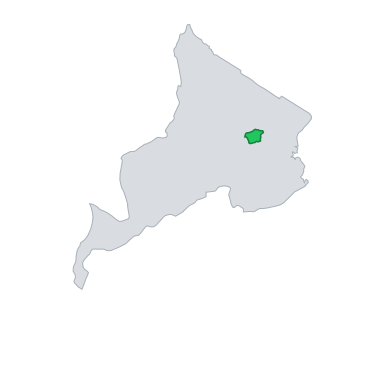 location of Lekie, Centre, Cameroon, rotated 212°
{"feature_id": "32672807B3101876589222", "entity_name": "Lekie", "entity_type": "district", "adm_level": 2, "iso_a3": "CMR", "parent_name": "Cameroon", "parent_adm1": "Centre", "projection": "mercator", "projection_center": [11.41, 4.138], "detail": "fine", "context": "in_parent", "style": "filled", "palette": "green", "viewbox_px": 384, "rotation_deg": 212, "n_neighbors": 0, "source": "geoboundaries", "source_scale": "gbopen_adm2", "svg_char_len": 4531}
<svg xmlns="http://www.w3.org/2000/svg" viewBox="0 0 384 384"><g transform="rotate(212 192 192)"><path d="M99.0,257.4L99.8,255.5L105.0,246.5L108.3,232.2L109.8,228.8L111.4,226.6L119.0,219.0L121.9,216.5L126.0,213.7L129.0,208.1L130.0,207.5L131.3,207.1L137.9,202.3L138.4,203.2L138.9,204.4L139.4,204.9L141.5,205.2L144.4,205.2L146.1,204.9L147.0,203.9L147.9,201.3L148.5,200.8L149.2,200.7L152.4,202.5L157.7,207.7L159.0,208.6L159.6,209.6L160.7,214.4L161.4,215.6L162.5,216.0L164.6,215.7L166.7,214.9L168.6,213.7L170.5,212.1L171.7,210.7L172.3,209.7L172.6,205.8L173.0,204.9L179.9,199.3L179.7,198.8L178.6,197.2L177.6,195.5L178.6,193.7L179.6,192.3L183.6,187.7L183.9,184.3L187.1,179.0L188.9,171.9L189.0,170.6L193.1,162.8L197.5,162.1L199.2,161.0L201.1,159.1L202.4,157.3L203.0,155.6L203.4,152.3L204.2,148.6L204.7,145.3L206.0,142.3L208.2,140.7L212.0,139.5L212.6,138.9L213.1,136.8L213.7,130.1L214.3,127.1L217.8,123.8L219.4,118.5L220.8,113.0L224.8,106.3L229.5,99.7L231.7,97.9L233.5,97.1L235.6,97.0L237.1,96.5L242.2,93.2L244.3,92.1L245.8,90.9L246.2,89.9L246.4,88.4L245.9,85.0L246.7,82.5L247.3,78.6L247.5,75.5L247.3,74.4L246.3,72.7L244.8,70.8L242.3,69.6L238.8,69.3L237.0,68.6L236.3,65.1L236.1,62.9L233.7,51.2L238.1,51.2L243.4,52.6L244.8,53.7L245.5,57.7L247.4,60.0L250.8,61.8L252.9,65.7L253.7,71.5L255.5,75.0L256.0,75.5L258.6,82.1L258.7,85.1L258.5,87.1L259.6,89.7L257.9,94.0L257.5,96.6L257.3,100.3L258.3,106.9L259.8,111.9L261.5,116.0L263.3,119.2L266.4,122.7L269.6,125.8L272.6,127.8L269.8,129.0L264.4,129.2L261.3,128.5L259.8,128.5L258.3,128.9L252.6,129.5L246.8,129.2L241.4,128.4L238.1,128.5L235.6,130.5L233.5,133.4L231.6,135.7L232.3,138.2L233.7,139.7L236.5,142.8L239.0,145.8L240.3,147.8L245.3,152.2L250.1,156.2L252.3,157.5L253.2,157.8L255.8,160.1L259.4,163.8L262.8,169.6L267.4,181.2L268.4,182.2L270.0,182.8L270.2,184.0L270.1,185.8L269.6,187.3L265.9,193.4L262.6,195.7L261.6,197.1L260.4,200.6L257.4,207.5L256.2,208.5L253.2,213.1L250.8,219.0L250.2,219.9L249.2,220.7L245.8,222.1L244.7,222.8L242.9,224.7L242.7,225.9L243.5,227.5L244.4,228.9L246.3,228.9L247.2,230.1L247.2,239.2L246.4,240.6L246.4,241.2L246.0,242.8L245.9,244.5L246.2,245.2L246.9,245.8L247.8,247.0L248.3,249.8L249.5,259.6L250.0,261.1L251.0,262.2L254.0,264.3L257.1,267.1L258.1,268.9L258.7,271.9L259.9,274.2L259.9,275.0L259.4,275.3L257.4,275.5L258.1,277.2L259.7,280.1L267.8,289.2L275.5,297.3L277.4,297.9L278.7,298.1L279.3,298.5L280.0,299.7L282.6,302.6L283.1,304.3L282.5,306.0L283.1,308.5L283.5,309.4L283.4,310.2L283.7,313.3L284.4,316.0L285.5,318.3L285.4,319.9L283.9,320.8L283.0,322.3L282.7,324.3L283.2,326.9L284.3,329.9L284.4,331.6L282.5,332.8L280.4,330.7L278.1,329.4L274.7,327.0L271.3,326.1L266.8,325.9L264.9,326.2L261.6,324.3L260.5,324.0L259.0,324.8L258.0,324.9L256.7,324.5L254.2,324.6L254.0,323.2L253.5,322.9L250.8,323.0L250.0,321.9L249.6,322.0L248.5,321.6L246.3,320.0L244.0,321.1L239.2,320.9L214.9,320.9L214.3,319.4L213.1,318.6L210.9,318.5L204.5,318.8L199.5,318.6L196.2,318.0L192.1,317.6L187.0,317.9L181.8,317.9L172.5,317.5L167.3,317.5L167.4,318.5L167.1,319.2L166.8,320.8L133.9,320.8L131.2,319.7L130.4,318.9L130.1,317.6L129.5,317.4L130.0,311.7L131.1,306.9L131.5,302.4L133.1,298.5L132.3,294.5L131.3,292.8L126.3,287.2L128.6,285.1L125.6,285.4L125.0,283.3L123.5,280.9L124.4,280.5L125.3,279.1L128.0,279.5L127.9,278.8L125.5,276.8L125.8,275.7L126.7,274.5L126.3,274.0L124.6,275.2L123.4,275.2L122.4,274.4L121.7,274.3L122.1,275.9L121.2,277.3L120.3,277.8L118.8,277.7L117.5,277.4L117.2,276.6L116.0,276.0L112.7,274.9L109.9,273.7L109.3,270.3L108.2,268.8L107.8,267.1L107.5,265.2L107.9,262.3L107.2,261.9L106.4,261.7L105.2,261.8L104.1,261.7L102.8,260.1L101.6,259.5L102.3,262.4L101.5,263.2L99.5,263.0L98.6,261.9L98.5,261.0L99.4,257.5L99.0,257.4Z" fill="#d9dde1" stroke="#a8b0b8" stroke-width="1"/><path d="M176.4,266.7L175.3,267.4L174.2,267.2L172.9,266.5L171.1,265.3L169.9,264.0L169.8,263.9L169.2,263.7L168.2,264.0L166.9,265.1L166.5,265.9L165.9,266.4L165.6,266.6L164.7,267.5L164.7,268.0L164.2,268.7L163.9,269.2L163.2,269.4L162.3,269.7L161.6,270.8L161.1,271.2L161.0,271.7L161.5,272.0L161.6,272.5L162.3,273.3L162.4,274.5L162.8,275.2L162.9,275.3L163.7,275.9L164.0,277.0L163.6,278.7L163.0,280.1L163.3,280.7L164.5,281.3L165.3,280.9L165.6,280.6L166.3,280.4L166.7,280.1L167.1,279.9L168.0,279.9L168.5,279.9L169.2,279.5L169.8,279.2L170.5,279.0L170.9,278.9L171.5,278.7L172.0,278.0L172.3,277.3L172.5,276.3L173.0,275.5L173.3,274.9L174.0,274.0L174.6,273.2L175.1,272.4L175.6,272.2L176.4,271.6L177.3,270.4L177.3,269.8L177.3,269.6L176.9,268.0L176.8,267.9L176.4,266.7Z" fill="#22c55e" stroke="#15803d" stroke-width="1.5"/></g></svg>